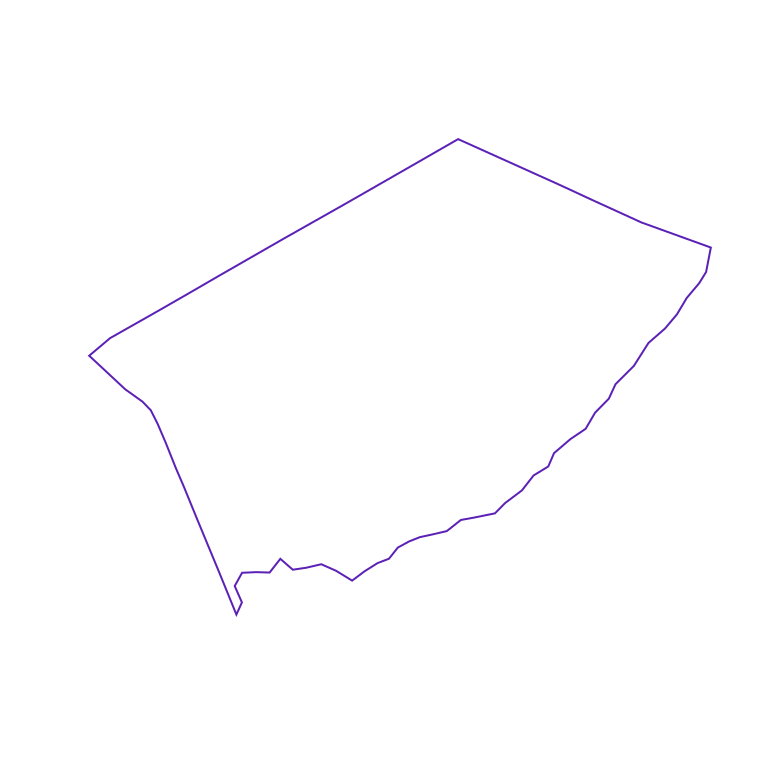 outline of Feira Nova, Pernambuco, Brazil, rotated 191°
{"feature_id": "56859067B25061969045755", "entity_name": "Feira Nova", "entity_type": "district", "adm_level": 2, "iso_a3": "BRA", "parent_name": "Brazil", "parent_adm1": "Pernambuco", "projection": "natural_earth1", "projection_center": [-35.384, -7.947], "detail": "fine", "context": "isolated", "style": "outline", "palette": "violet", "viewbox_px": 768, "rotation_deg": 191, "n_neighbors": 0, "source": "geoboundaries", "source_scale": "gbopen_adm2", "svg_char_len": 931}
<svg xmlns="http://www.w3.org/2000/svg" viewBox="0 0 768 768"><g transform="rotate(191 384 384)"><path d="M678.8,355.5L659.7,343.6L637.0,329.4L617.7,320.6L607.9,313.7L598.6,301.7L587.0,284.6L572.2,261.6L561.2,245.5L541.6,215.6L510.4,168.5L484.9,129.5L481.8,142.5L492.0,157.2L487.3,171.6L473.7,174.9L460.3,177.1L452.4,192.6L438.1,184.3L425.3,188.8L411.2,195.1L395.4,191.5L377.8,184.9L367.3,196.5L356.1,207.0L345.8,213.4L339.2,226.1L329.4,234.2L319.6,240.5L307.9,245.5L294.3,251.6L282.6,265.2L271.2,269.6L250.4,278.2L242.3,290.4L228.3,305.9L219.7,322.8L207.0,334.4L203.9,348.6L190.3,365.7L177.5,378.5L171.3,396.2L160.5,412.5L156.7,428.0L142.2,449.4L132.2,474.8L118.8,492.0L109.7,508.3L103.3,526.1L93.8,543.2L89.2,555.4L89.2,580.3L162.2,591.7L214.9,604.4L249.7,613.0L358.0,638.5L411.4,592.3L456.0,553.8L509.9,507.8L566.9,458.5L593.6,435.2L623.0,409.8L661.6,376.8L678.8,355.5Z" fill="none" stroke="#5b21b6" stroke-width="2"/></g></svg>